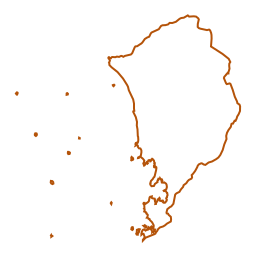 outline of Kota Padang, Sumatera Barat, Indonesia
{"feature_id": "22746128B51925287869213", "entity_name": "Kota Padang", "entity_type": "district", "adm_level": 2, "iso_a3": "IDN", "parent_name": "Indonesia", "parent_adm1": "Sumatera Barat", "projection": "robinson", "projection_center": [100.373, -0.936], "detail": "fine", "context": "isolated", "style": "outline", "palette": "amber", "viewbox_px": 256, "rotation_deg": 0, "n_neighbors": 0, "source": "geoboundaries", "source_scale": "gbopen_adm2", "svg_char_len": 5961}
<svg xmlns="http://www.w3.org/2000/svg" viewBox="0 0 256 256"><path d="M187.8,15.4L183.8,17.7L181.3,18.0L179.6,18.8L175.9,21.8L172.3,23.0L169.6,22.9L168.1,24.4L165.6,25.1L162.4,25.3L161.0,26.0L158.8,29.2L151.6,32.5L150.8,33.4L149.2,36.7L147.2,37.5L144.8,39.0L142.6,42.2L141.7,43.2L137.2,46.2L135.4,46.4L134.7,47.3L132.2,53.2L130.9,54.5L124.9,55.9L123.3,56.8L122.1,56.1L121.1,55.9L119.1,56.9L116.9,56.6L115.3,57.2L112.2,57.0L111.6,57.3L110.9,58.3L110.1,58.2L109.1,57.2L108.7,57.2L108.4,57.6L108.5,58.4L109.5,59.5L109.9,60.7L109.0,62.7L109.3,63.0L109.4,65.0L111.5,67.2L117.6,72.1L123.0,78.5L127.1,85.0L128.0,86.8L128.8,90.2L133.2,99.5L134.0,103.6L134.0,108.6L134.3,110.9L133.4,111.2L133.2,111.8L135.8,117.1L137.0,121.9L136.8,125.5L137.5,129.4L137.8,136.1L138.1,136.7L138.3,139.5L138.2,141.1L137.8,142.7L137.3,143.1L136.8,142.6L135.8,143.0L135.4,144.1L136.0,144.9L135.7,145.6L137.0,145.0L137.4,145.2L137.9,145.9L137.9,146.9L138.9,148.3L140.4,148.5L141.1,149.7L141.4,150.6L141.4,152.4L140.8,155.8L140.3,156.7L142.8,158.6L144.3,160.5L143.9,162.5L143.3,163.3L144.1,165.6L144.6,165.3L145.8,163.7L145.7,163.4L145.9,163.5L146.2,163.2L146.3,163.4L146.9,163.1L147.4,163.7L147.9,163.2L147.0,161.8L148.5,160.8L148.5,160.3L149.2,160.0L150.1,160.4L150.3,161.4L150.6,161.3L150.4,160.3L150.9,160.1L151.3,161.0L151.0,160.1L151.5,160.0L151.5,159.5L152.2,159.3L152.2,158.8L152.4,158.8L153.9,160.5L154.4,162.8L154.7,163.0L154.5,163.3L154.8,163.4L154.7,164.9L154.1,165.3L153.9,165.9L154.1,167.2L154.8,167.4L155.5,166.5L156.3,167.2L156.4,168.1L156.1,170.2L154.7,176.0L154.3,177.0L153.7,177.4L152.9,178.9L151.0,180.9L150.5,182.4L150.7,183.0L150.2,183.4L150.3,184.6L151.5,186.2L153.9,186.0L155.0,183.8L157.5,182.1L157.3,181.2L157.8,180.0L158.3,180.2L157.9,179.9L158.2,179.2L158.4,179.4L158.5,178.9L159.0,178.6L159.8,178.8L160.0,178.2L160.8,179.5L161.2,179.2L161.7,179.6L162.0,181.0L162.3,180.5L162.4,180.8L161.6,181.6L161.8,182.5L163.4,182.7L164.3,182.4L166.1,183.7L166.6,184.8L166.9,187.0L166.4,189.0L165.1,190.2L164.6,190.1L163.7,190.7L164.0,191.1L165.2,190.9L165.6,190.6L166.9,193.0L167.2,193.0L167.5,194.5L167.5,195.5L167.1,196.0L167.0,197.2L166.5,197.5L166.2,198.6L166.8,199.4L166.7,200.7L166.1,201.2L165.7,202.0L165.2,202.6L164.0,202.8L163.2,202.4L163.5,201.9L162.9,200.6L162.1,200.5L161.4,201.1L159.8,200.7L159.6,200.4L159.8,198.4L159.4,197.9L158.8,198.8L157.7,199.4L157.5,200.8L156.0,203.1L156.0,203.9L155.3,204.0L155.5,202.7L155.0,201.5L155.2,200.7L155.1,200.1L154.8,200.1L154.7,198.7L152.4,198.3L151.8,197.9L151.6,197.6L151.8,196.4L150.1,196.8L149.6,197.4L148.8,201.3L147.9,202.2L145.4,203.9L144.4,203.5L144.4,202.9L143.7,202.9L143.4,203.5L143.6,204.2L144.3,205.1L144.4,208.2L144.0,208.7L144.6,209.2L144.7,210.1L144.2,211.5L145.8,212.1L145.9,212.7L146.6,213.2L146.5,213.7L147.6,214.6L147.8,215.1L147.4,216.9L146.9,217.7L147.7,217.8L148.5,218.4L148.6,218.9L149.5,219.0L149.8,220.0L152.1,222.3L153.7,225.3L153.4,226.4L153.7,226.9L153.2,227.6L153.2,228.5L153.6,229.2L155.0,229.5L154.7,230.0L154.9,230.7L154.8,230.8L154.7,230.6L154.4,231.1L153.8,231.2L153.4,232.1L153.0,231.6L152.2,232.2L152.3,231.5L151.8,230.8L151.3,229.3L150.9,229.3L150.4,228.5L148.4,227.1L148.3,227.9L147.8,228.9L148.4,229.4L147.9,229.7L147.6,229.4L145.5,230.6L144.3,229.4L142.9,229.8L141.8,231.7L141.7,232.8L141.4,233.4L141.4,234.8L142.5,233.8L143.5,233.8L144.6,236.7L144.5,237.6L142.9,239.8L142.9,240.6L145.6,237.7L154.6,234.1L155.5,233.5L155.8,232.6L157.2,230.9L158.2,229.0L160.0,227.4L163.0,226.5L164.9,225.4L167.0,223.6L170.8,221.5L171.1,219.3L170.8,216.8L168.6,214.8L168.1,213.7L166.7,213.4L166.5,212.4L167.3,209.2L169.9,207.1L171.3,206.4L173.4,203.8L175.2,194.6L175.9,193.8L176.9,193.1L179.4,191.9L181.0,189.3L183.1,186.9L183.6,185.2L186.3,183.2L187.7,181.1L188.9,179.9L191.5,178.6L192.1,177.3L191.7,175.1L193.0,173.8L195.2,170.9L197.2,167.2L197.7,165.8L198.8,164.4L201.2,163.3L202.0,163.4L203.7,164.5L205.4,164.9L208.6,162.5L212.0,161.5L216.1,159.2L218.4,157.5L220.3,155.0L222.7,150.0L224.3,144.4L226.5,139.1L226.2,135.9L227.0,132.8L228.5,130.0L230.8,126.9L231.5,123.9L232.3,123.5L233.0,123.6L234.6,120.7L235.5,120.9L236.6,118.6L237.2,116.5L238.6,114.3L240.0,111.0L240.1,106.3L239.5,104.6L237.4,103.2L237.0,101.4L234.8,96.7L232.7,89.8L230.5,84.0L229.7,83.4L226.8,84.1L226.1,83.4L223.9,78.1L224.3,76.8L227.2,73.5L229.4,73.4L227.2,73.4L228.6,71.8L229.5,68.7L229.2,65.8L229.3,63.6L230.3,62.0L228.7,58.8L222.5,53.9L211.0,46.5L211.6,38.6L211.5,35.0L211.1,32.9L210.1,30.4L209.1,29.6L207.0,30.1L200.5,28.7L198.8,28.1L197.7,26.9L197.8,23.9L198.8,19.4L198.2,18.3L196.1,16.6L193.8,16.3L189.1,16.6L187.8,15.4ZM139.8,229.3L138.9,229.1L136.9,229.8L136.7,232.7L136.2,233.7L136.7,234.6L137.8,234.7L137.9,233.6L139.1,231.8L138.9,231.0L139.8,229.3ZM52.5,184.1L53.4,183.6L53.2,182.1L52.4,181.1L50.9,180.9L50.7,182.5L51.3,183.5L52.5,184.1ZM132.0,157.5L131.6,157.0L131.3,157.4L131.4,159.7L131.2,160.2L131.4,160.4L132.9,159.8L133.2,159.4L133.1,158.3L132.5,157.6L132.0,157.5ZM35.3,133.3L34.8,134.2L34.9,135.3L35.9,136.0L36.7,135.3L36.9,134.2L36.5,133.4L35.3,133.3ZM132.3,230.0L133.0,229.4L133.1,228.6L132.8,227.2L132.2,227.1L131.6,227.7L131.3,229.3L132.3,230.0ZM68.3,154.1L69.5,154.0L69.8,153.7L69.9,152.6L68.8,151.9L68.0,151.9L67.8,153.1L68.3,154.1ZM145.4,225.6L144.8,225.2L144.4,225.7L143.5,225.8L144.1,226.5L144.8,226.5L145.5,227.6L146.2,227.5L146.1,226.3L145.4,226.2L145.4,225.6ZM17.1,94.6L17.7,93.0L17.4,92.5L16.8,92.4L15.9,93.5L16.7,94.6L17.1,94.6ZM66.6,94.8L67.8,94.5L67.9,93.7L67.2,93.1L66.7,93.3L66.6,93.6L66.6,94.8ZM113.6,86.2L114.4,85.1L114.0,84.7L112.8,85.1L112.9,85.6L113.6,86.2ZM152.7,228.0L151.8,226.6L151.5,226.4L150.9,227.0L151.9,227.9L152.6,228.2L152.7,228.0ZM111.3,204.1L111.7,202.8L111.3,202.3L110.8,203.0L110.8,203.4L111.3,204.1ZM138.8,158.0L139.0,157.0L138.1,157.5L138.0,158.1L138.8,158.0ZM79.7,138.6L79.8,138.1L79.1,137.7L79.0,138.5L79.7,138.6ZM52.4,236.0L52.2,235.8L51.3,236.1L51.3,236.8L52.4,236.0ZM50.5,236.1L51.2,235.6L51.1,235.2L50.5,236.1Z" fill="none" stroke="#b45309" stroke-width="2"/></svg>